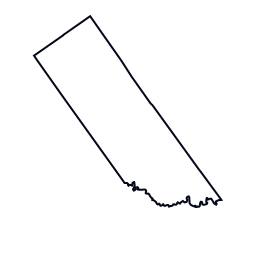 the district of Kane, Utah, United States of America, rotated 54°
{"feature_id": "52423323B18602479279473", "entity_name": "Kane", "entity_type": "district", "adm_level": 2, "iso_a3": "USA", "parent_name": "United States of America", "parent_adm1": "Utah", "projection": "orthographic", "projection_center": [-111.142, 37.272], "detail": "fine", "context": "isolated", "style": "outline", "palette": "ink", "viewbox_px": 256, "rotation_deg": 54, "n_neighbors": 0, "source": "geoboundaries", "source_scale": "gbopen_adm2", "svg_char_len": 2067}
<svg xmlns="http://www.w3.org/2000/svg" viewBox="0 0 256 256"><g transform="rotate(54 128 128)"><path d="M50.6,162.1L67.7,162.3L68.9,162.3L164.2,163.0L164.9,163.0L170.5,163.1L171.9,161.1L173.3,160.8L173.9,161.5L175.0,161.5L174.9,160.5L175.6,159.3L176.5,158.9L177.1,158.4L176.1,157.7L175.1,156.6L175.1,155.4L175.4,154.8L176.5,155.3L177.4,155.8L179.3,157.0L180.2,159.3L180.5,159.9L181.9,160.2L182.3,159.2L182.1,157.7L181.7,157.6L180.8,157.0L181.0,156.1L181.4,155.1L182.7,155.0L183.0,155.7L183.5,156.1L183.9,156.0L185.8,153.5L187.5,150.7L188.4,150.1L189.6,150.3L190.2,151.1L191.3,152.0L192.6,150.9L192.9,150.2L194.1,149.8L195.2,150.1L197.6,150.2L198.4,150.0L199.4,149.6L199.8,150.2L200.6,150.7L201.4,149.7L204.1,148.9L205.7,149.1L206.7,149.2L207.4,148.8L207.5,147.9L207.4,147.5L207.8,147.1L208.4,147.2L209.0,147.4L210.0,147.4L210.5,146.5L210.5,145.5L210.3,144.4L211.4,144.3L211.9,144.5L212.8,143.7L213.1,142.3L213.3,141.4L214.1,140.7L214.9,140.9L215.6,141.1L216.0,140.3L216.0,139.6L216.7,138.5L216.9,137.1L216.4,136.4L216.8,135.5L217.7,135.0L218.3,134.1L218.2,133.3L217.7,132.6L217.4,131.4L217.9,131.2L218.8,130.9L219.7,130.4L219.3,129.3L219.3,126.5L221.4,126.0L222.2,124.0L221.7,122.9L220.8,122.3L219.3,121.9L218.6,120.7L219.0,119.1L220.2,119.2L222.0,120.5L223.5,121.3L225.0,122.4L227.4,122.3L228.9,121.4L229.7,121.1L230.3,120.3L230.3,119.4L231.2,119.0L231.7,119.6L232.4,118.8L232.6,117.6L233.4,116.9L233.2,115.6L232.4,115.0L231.6,114.2L230.6,112.9L230.5,112.3L231.3,111.7L232.2,112.0L233.5,112.7L234.7,111.8L235.1,111.1L235.5,109.8L235.8,109.0L235.2,107.9L233.8,108.2L232.1,106.8L231.1,105.7L231.0,105.4L231.4,105.0L232.2,105.1L232.9,105.3L233.3,104.3L233.3,103.5L234.0,102.3L236.2,102.3L239.6,102.7L241.1,102.0L241.8,101.8L241.6,101.0L240.9,100.7L239.8,100.7L239.1,100.1L239.2,99.5L239.6,97.1L240.7,95.5L241.1,94.7L205.7,94.9L204.5,95.0L124.1,94.8L121.3,95.3L89.0,94.9L69.4,93.8L37.1,93.3L15.3,92.9L15.2,98.4L14.7,125.6L14.9,126.0L14.2,161.5L21.3,161.7L43.4,162.0L48.6,162.1L50.0,162.1L50.4,162.1L50.6,162.1Z" fill="none" stroke="#020617" stroke-width="2"/></g></svg>